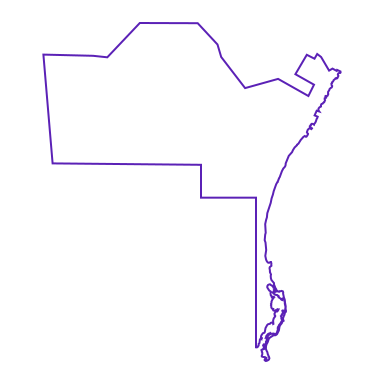 the district of Tulum, Quintana Roo, Mexico
{"feature_id": "50627088B89843068192047", "entity_name": "Tulum", "entity_type": "district", "adm_level": 2, "iso_a3": "MEX", "parent_name": "Mexico", "parent_adm1": "Quintana Roo", "projection": "mercator", "projection_center": [-87.448, 20.147], "detail": "fine", "context": "isolated", "style": "outline", "palette": "violet", "viewbox_px": 384, "rotation_deg": 0, "n_neighbors": 0, "source": "geoboundaries", "source_scale": "gbopen_adm2", "svg_char_len": 6016}
<svg xmlns="http://www.w3.org/2000/svg" viewBox="0 0 384 384"><path d="M319.3,111.5L318.5,110.3L318.4,109.3L318.6,108.4L319.5,107.3L321.0,106.5L320.9,105.2L321.5,104.0L322.7,103.6L323.2,102.8L323.6,102.7L323.9,102.2L324.2,102.1L324.2,101.7L324.6,101.3L325.1,100.1L324.6,99.1L324.7,98.2L325.3,97.9L325.9,97.9L326.2,97.6L326.0,97.0L325.4,96.4L325.5,96.0L325.9,95.9L326.6,96.2L327.5,95.8L328.3,94.0L328.0,93.2L328.2,91.6L329.1,90.5L329.6,89.0L330.9,87.8L331.5,87.6L332.0,86.9L332.2,86.0L331.6,85.2L331.4,83.7L332.0,83.2L331.9,82.7L332.1,82.2L333.1,81.5L333.6,80.2L335.2,78.9L335.5,78.3L336.3,78.0L336.8,78.5L337.4,78.1L338.4,75.9L337.8,74.7L338.1,73.7L339.0,73.0L340.3,72.9L340.6,72.2L340.2,71.8L340.3,71.4L337.1,69.9L336.7,70.9L332.5,68.6L329.1,70.6L321.1,57.0L317.2,54.0L314.5,58.7L306.8,54.8L295.4,74.2L314.0,84.7L308.4,96.0L278.1,78.9L245.1,88.1L221.2,57.0L217.5,44.5L197.7,23.2L139.8,23.0L107.3,57.3L93.1,55.8L43.4,54.6L52.6,163.4L201.0,164.8L201.0,197.7L256.0,197.7L256.0,347.3L256.9,347.4L257.9,346.7L258.0,346.2L258.6,345.6L258.7,343.8L259.3,343.3L259.5,342.7L259.9,339.4L260.4,339.0L261.4,339.3L261.4,338.7L261.9,338.3L261.9,338.1L261.2,338.0L260.9,337.3L261.3,335.5L262.8,333.3L264.4,332.7L264.6,332.4L264.9,331.5L265.5,328.1L267.2,325.0L268.1,324.2L269.9,323.8L270.6,323.0L271.4,322.6L272.4,322.7L273.1,323.4L273.2,324.0L273.4,323.9L273.1,320.7L273.7,318.4L275.2,316.4L275.2,315.8L274.9,315.6L275.0,315.4L274.5,314.4L274.5,313.5L275.7,311.6L276.2,311.4L277.1,311.5L277.9,310.7L278.5,309.4L277.9,309.4L277.4,309.2L277.0,309.8L276.2,310.2L275.4,310.2L275.0,310.5L274.2,310.7L273.3,310.4L273.0,309.7L273.2,308.9L272.2,308.7L271.7,308.2L271.3,307.3L271.2,305.4L271.0,305.2L271.3,304.4L271.0,303.9L271.5,302.8L271.5,301.5L272.4,299.6L273.2,298.3L273.5,298.1L273.8,297.3L274.1,297.1L273.8,296.8L273.4,296.8L273.6,297.1L273.4,297.6L272.7,297.9L272.1,297.7L271.5,296.7L271.4,295.9L270.8,295.3L270.5,293.3L270.5,292.8L271.0,292.0L270.7,291.5L269.2,290.5L267.3,287.5L267.3,286.2L268.0,285.0L269.3,284.4L270.0,284.3L270.9,285.1L272.3,285.7L272.4,286.1L273.1,286.6L273.3,287.4L274.1,287.4L274.4,288.2L274.2,288.6L274.5,289.1L274.2,289.5L274.6,289.6L274.1,290.1L274.2,290.4L274.6,290.6L274.5,290.9L274.9,291.3L274.1,291.3L274.1,291.8L274.3,292.0L273.5,292.1L273.5,291.7L273.4,291.7L273.1,292.1L273.2,292.3L272.8,292.5L273.6,293.6L274.6,294.1L274.7,294.5L275.3,294.8L277.3,295.1L277.8,295.8L277.9,295.6L278.3,295.8L278.4,296.6L278.5,296.9L278.8,296.7L279.0,297.3L279.5,297.9L280.5,298.5L281.0,299.3L281.8,299.9L283.2,300.3L282.7,299.8L282.7,299.3L282.4,298.9L282.9,298.9L283.1,299.4L283.4,299.4L283.5,298.5L283.2,298.1L283.4,297.9L283.7,298.0L283.8,298.5L284.0,298.9L283.7,299.2L283.8,299.5L284.2,299.7L284.7,300.7L284.5,301.5L284.8,301.9L284.8,303.7L285.5,307.0L285.2,309.4L285.4,309.8L285.5,310.8L284.3,311.1L283.6,310.6L282.5,310.5L282.3,310.7L282.6,311.6L282.8,311.0L284.6,311.3L283.5,312.1L283.3,312.5L282.8,313.0L282.8,313.4L282.5,313.9L281.8,314.3L281.7,314.7L281.9,315.1L281.8,315.4L280.9,316.1L281.5,317.6L281.3,318.3L281.7,319.4L282.3,319.7L282.4,320.2L281.3,321.7L280.4,323.4L278.9,325.2L278.5,326.5L277.9,327.1L277.7,328.3L277.9,329.4L276.9,332.5L276.9,333.2L276.6,333.3L276.6,333.7L276.3,333.9L275.4,334.0L273.1,333.5L272.7,333.8L271.0,333.8L270.2,333.0L269.8,333.5L270.2,333.4L270.2,334.1L269.7,334.0L269.7,334.3L267.9,335.7L267.8,336.6L267.6,336.5L267.7,335.7L269.1,334.4L268.9,333.9L268.6,333.7L267.8,334.2L266.6,335.7L266.6,336.0L266.3,336.1L266.1,336.9L266.6,337.4L266.2,337.4L265.9,337.8L266.6,337.9L267.1,338.3L266.6,338.4L266.7,338.8L267.7,338.6L267.7,338.9L266.7,339.2L267.1,340.4L266.9,340.8L266.5,340.8L266.4,341.3L266.0,341.6L265.8,342.5L265.4,342.8L266.0,342.7L266.0,342.9L265.7,344.0L264.5,344.4L264.5,345.4L263.8,345.5L263.4,344.9L263.1,345.4L263.1,345.7L263.8,346.1L264.2,346.9L263.8,347.7L264.1,347.9L263.9,348.5L264.1,349.0L263.4,349.3L262.7,349.2L261.4,350.1L262.0,351.7L261.9,352.0L262.3,352.6L262.3,353.4L262.3,354.3L261.7,356.0L261.8,356.5L263.2,357.0L265.0,357.1L265.3,357.3L265.3,357.7L266.4,357.9L266.4,359.0L265.4,359.4L264.1,359.1L264.7,359.6L264.7,360.3L265.8,361.0L266.8,360.8L268.4,360.0L269.0,359.4L269.4,358.3L269.0,356.8L268.6,356.4L268.4,355.4L267.9,354.6L267.3,352.0L266.6,350.8L265.9,348.9L266.0,346.2L266.6,344.1L267.2,343.2L267.3,342.4L267.2,342.0L267.8,341.9L268.7,339.0L270.0,337.5L273.2,335.5L273.7,335.3L275.6,335.2L277.0,334.2L278.9,330.4L279.5,326.7L280.1,325.3L281.8,323.2L282.5,321.5L283.6,320.8L283.2,319.8L283.0,318.3L284.1,315.3L284.4,315.0L284.9,312.9L285.2,312.3L285.9,311.8L286.0,310.9L285.6,309.0L285.7,306.3L285.0,302.6L284.9,300.9L284.7,299.6L283.9,297.4L283.1,293.6L283.2,292.3L282.8,291.3L281.5,290.9L280.9,291.2L279.5,291.2L279.3,291.7L278.2,291.6L277.0,290.7L276.0,289.4L276.1,289.1L275.0,287.3L275.0,286.9L274.0,284.5L274.0,283.1L271.5,280.1L270.9,278.3L270.7,275.9L271.0,274.4L270.0,272.4L270.1,272.1L269.9,271.6L269.9,270.4L269.5,268.1L269.8,267.1L271.4,265.8L271.3,264.3L271.4,263.5L271.0,262.0L270.5,262.0L269.1,262.8L268.2,262.7L267.7,262.3L266.9,261.4L266.1,259.7L265.3,255.9L266.2,250.0L265.5,242.5L264.7,240.2L265.2,234.6L265.7,232.8L265.2,224.1L266.1,219.9L266.9,217.4L267.3,213.2L270.7,202.9L271.6,198.4L272.9,194.6L273.7,191.2L276.2,184.2L277.4,182.1L277.7,182.0L277.7,181.4L278.1,180.9L278.6,179.2L279.0,178.7L279.0,178.4L279.2,177.9L279.7,177.2L281.9,171.2L283.3,168.5L284.7,167.0L285.3,166.0L285.6,165.0L285.7,163.4L288.8,155.8L292.1,152.1L292.9,150.2L294.6,147.5L297.0,145.2L297.0,144.8L297.4,144.4L298.4,143.7L300.7,140.0L303.4,136.9L304.8,136.0L306.0,136.8L306.6,136.5L307.9,134.5L308.0,133.7L307.3,133.0L306.9,132.2L307.7,129.9L308.6,128.9L309.5,128.4L310.4,128.5L311.3,129.1L312.0,128.4L311.8,128.1L311.2,128.0L310.6,128.3L310.4,128.2L310.0,127.3L309.8,127.3L309.8,126.2L310.0,126.0L310.4,126.1L310.7,125.9L310.9,125.3L310.7,125.0L311.5,123.9L312.8,123.9L314.0,124.7L314.3,123.8L315.1,122.9L315.8,121.6L316.7,118.8L317.2,118.2L317.7,116.7L314.6,115.4L316.7,110.7L319.3,111.5Z" fill="none" stroke="#5b21b6" stroke-width="2"/></svg>